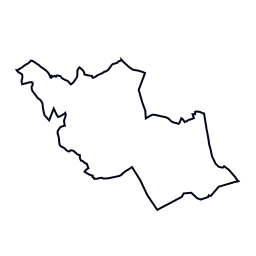 Ibadan North West, Oyo, Nigeria, rotated 168°
{"feature_id": "59680162B17793632216798", "entity_name": "Ibadan North West", "entity_type": "district", "adm_level": 2, "iso_a3": "NGA", "parent_name": "Nigeria", "parent_adm1": "Oyo", "projection": "natural_earth1", "projection_center": [3.873, 7.409], "detail": "fine", "context": "isolated", "style": "outline", "palette": "ink", "viewbox_px": 256, "rotation_deg": 168, "n_neighbors": 0, "source": "geoboundaries", "source_scale": "gbopen_adm2", "svg_char_len": 4814}
<svg xmlns="http://www.w3.org/2000/svg" viewBox="0 0 256 256"><g transform="rotate(168 128 128)"><path d="M146.3,82.9L144.2,83.6L143.8,83.7L142.6,84.8L140.9,85.5L139.1,86.4L137.7,86.8L136.0,87.4L134.1,88.2L132.2,89.0L126.8,74.2L123.1,58.4L116.4,41.9L89.8,49.4L87.1,52.4L79.6,51.5L74.9,44.9L71.8,42.9L64.0,43.8L63.0,45.4L61.2,44.3L51.5,51.7L35.0,53.0L31.1,53.0L32.1,54.5L33.2,57.4L38.0,66.1L41.9,70.6L43.6,69.5L47.4,71.3L49.8,75.0L51.7,82.9L51.7,89.8L52.0,94.6L51.7,99.5L51.4,106.5L51.4,110.4L51.1,114.5L51.1,116.9L50.8,122.1L50.6,126.4L52.0,127.0L54.3,128.8L57.2,129.8L58.9,129.9L59.6,127.6L62.0,128.0L61.5,124.0L64.0,123.5L66.7,123.3L71.2,122.0L72.7,125.3L73.8,126.4L74.9,124.6L76.3,122.7L77.7,121.5L79.2,122.5L81.3,123.4L83.2,124.6L84.7,126.1L86.4,128.8L88.9,130.7L91.9,132.0L93.0,132.5L96.8,134.3L99.9,135.6L101.5,135.9L105.4,134.8L108.6,133.7L107.5,141.2L108.8,151.1L109.6,163.1L99.9,178.2L102.4,180.0L106.0,181.9L111.3,184.2L114.0,187.0L116.6,190.6L117.9,192.4L119.5,194.7L120.3,196.3L120.4,195.9L120.6,195.7L121.4,195.4L122.0,195.3L122.7,195.2L123.4,195.1L123.9,194.9L124.3,194.6L124.7,194.1L125.8,194.0L126.2,193.9L126.9,193.8L127.7,193.8L129.2,193.7L130.2,193.4L130.3,193.3L131.2,192.6L132.0,192.0L132.8,191.1L133.6,190.4L134.5,189.7L135.0,189.1L135.9,188.6L137.1,188.3L138.1,187.9L138.5,187.9L139.6,187.9L140.3,187.6L141.3,187.2L142.3,186.8L143.3,186.7L145.7,186.2L146.9,185.9L147.9,185.3L149.5,184.9L151.6,184.4L152.2,184.5L152.5,185.1L152.5,185.8L152.4,186.1L152.4,186.4L153.2,186.7L154.7,187.2L156.4,187.9L156.6,188.0L157.5,188.5L159.4,189.3L159.4,189.7L159.4,190.7L159.4,191.4L159.6,192.4L160.0,193.5L160.7,194.5L161.6,195.8L162.9,197.4L163.8,196.8L165.1,195.5L165.7,194.1L166.2,191.9L166.6,190.1L167.1,188.9L167.7,188.0L169.6,186.1L172.3,183.7L174.8,182.5L175.1,182.8L175.8,184.2L176.5,185.5L176.9,186.2L177.4,186.6L178.7,187.6L179.6,188.2L180.9,189.3L182.0,190.2L182.5,190.8L182.9,191.8L183.2,192.7L183.4,192.7L183.6,192.8L184.0,193.0L184.3,193.2L184.6,193.2L184.7,193.4L185.1,193.7L185.3,193.8L185.8,194.0L186.1,194.0L186.9,194.1L187.2,194.1L187.3,193.9L187.5,193.7L187.6,193.4L187.8,193.1L188.1,193.2L188.3,193.5L188.7,194.0L189.0,194.1L189.5,194.2L190.1,194.2L190.6,194.2L190.8,194.0L191.0,193.8L192.0,194.9L192.1,194.7L192.6,193.8L192.8,193.2L193.3,193.5L193.2,194.0L193.4,194.6L193.9,195.8L193.9,196.5L194.1,197.5L195.0,199.4L196.1,201.1L197.1,202.2L197.6,202.7L197.9,203.2L198.2,203.5L198.6,203.9L199.0,204.4L199.7,205.0L200.2,205.6L200.7,206.1L200.9,206.3L201.2,206.8L201.6,207.3L201.8,207.7L202.0,208.0L202.5,208.6L203.7,209.6L204.7,210.6L205.6,211.7L206.6,212.8L207.3,213.1L207.4,213.3L207.6,213.4L207.7,213.5L207.8,213.6L208.3,213.7L209.0,214.1L209.2,213.8L209.5,213.6L210.0,213.3L210.8,212.8L211.6,212.3L212.3,212.0L213.5,211.6L214.7,211.3L215.8,210.8L217.3,210.2L218.2,209.7L219.3,209.3L220.9,208.6L221.9,208.3L222.9,208.0L223.7,207.8L224.4,207.6L224.9,207.7L224.7,207.2L224.4,206.9L224.3,206.5L223.8,205.8L222.8,204.5L221.9,204.0L221.0,203.0L220.7,202.5L220.5,202.0L220.6,200.4L220.9,199.0L221.1,198.5L222.0,197.1L222.4,195.6L222.4,192.8L220.5,192.9L218.4,192.9L215.0,193.2L212.8,192.9L212.3,192.5L212.0,192.3L212.1,191.3L212.2,190.6L212.3,190.0L212.5,189.7L213.0,189.2L213.5,188.7L213.7,188.3L213.9,187.9L213.9,187.4L214.0,187.0L214.0,185.7L213.9,184.8L213.8,184.2L213.6,183.7L213.2,182.8L212.7,181.7L212.5,181.3L212.3,180.9L212.0,180.4L211.1,178.3L210.4,176.8L210.0,176.0L209.6,175.5L208.7,174.6L207.9,173.6L207.6,172.9L207.3,172.2L206.9,171.3L206.8,170.5L206.7,169.8L206.6,168.7L206.8,167.8L206.9,166.6L207.0,165.7L207.0,165.1L207.1,164.8L207.1,164.2L207.1,162.8L207.1,160.4L207.0,158.3L207.0,157.8L206.5,157.0L205.8,155.8L204.3,153.2L203.5,151.9L196.6,162.5L195.1,156.0L194.1,153.3L191.5,153.7L187.5,155.1L186.8,155.4L186.3,155.8L186.2,155.2L186.1,154.8L186.1,154.1L186.4,153.2L186.9,152.1L187.8,150.6L188.4,149.8L189.2,148.0L189.2,147.5L189.3,146.3L189.3,143.4L189.9,143.5L190.9,143.3L191.8,143.3L192.7,143.2L193.9,142.8L194.1,142.8L194.9,142.1L196.0,141.0L196.7,140.3L197.3,139.6L197.6,139.1L197.8,138.3L197.8,137.5L197.9,136.9L198.1,136.5L197.8,135.7L197.7,134.1L197.7,131.9L198.2,128.7L198.4,126.0L198.0,124.9L197.3,123.9L196.1,123.0L195.1,122.1L194.3,121.3L193.6,120.1L192.5,118.7L191.7,117.9L191.0,117.4L190.4,117.3L189.0,118.0L187.8,117.9L186.2,117.1L185.3,115.9L184.2,114.5L183.3,113.2L182.2,112.1L180.8,111.5L181.0,109.9L181.4,108.5L180.7,105.9L180.2,105.8L179.6,105.4L178.5,104.2L177.8,103.2L176.6,101.9L175.8,101.7L175.4,99.3L175.2,97.5L175.1,96.8L176.6,96.4L178.2,95.4L178.6,95.1L179.5,94.2L177.7,92.4L177.1,91.9L175.4,90.4L174.6,89.9L172.5,88.8L172.9,87.7L172.8,87.3L171.6,86.4L171.8,85.9L171.8,85.5L170.7,85.1L169.9,85.0L168.2,84.8L166.8,85.0L165.2,84.8L164.1,84.8L163.6,84.4L162.6,83.7L158.1,82.9L146.3,82.9Z" fill="none" stroke="#020617" stroke-width="2"/></g></svg>